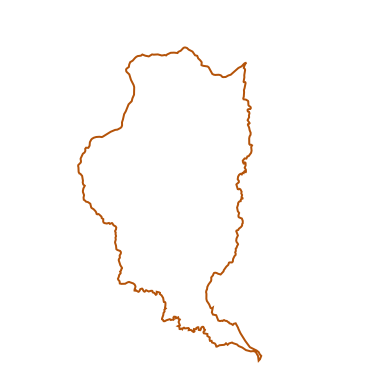 Montebello, Antioquia, Colombia, rotated 198°
{"feature_id": "7082276B54049955625365", "entity_name": "Montebello", "entity_type": "district", "adm_level": 2, "iso_a3": "COL", "parent_name": "Colombia", "parent_adm1": "Antioquia", "projection": "robinson", "projection_center": [-75.531, 5.918], "detail": "fine", "context": "isolated", "style": "outline", "palette": "amber", "viewbox_px": 384, "rotation_deg": 198, "n_neighbors": 0, "source": "geoboundaries", "source_scale": "gbopen_adm2", "svg_char_len": 5958}
<svg xmlns="http://www.w3.org/2000/svg" viewBox="0 0 384 384"><g transform="rotate(198 192 192)"><path d="M180.2,331.8L181.3,331.1L182.1,330.1L183.6,326.9L186.2,324.3L191.4,315.5L193.4,314.1L195.5,311.8L197.8,310.9L198.6,310.8L200.4,311.8L201.5,311.9L202.7,311.8L206.1,310.5L207.6,310.3L209.2,310.6L214.6,315.7L216.0,316.2L220.2,315.5L221.8,315.5L222.3,315.7L222.7,317.9L223.1,318.6L224.9,319.8L227.4,321.0L229.1,323.1L231.4,323.0L234.9,325.7L239.2,326.4L241.3,327.4L242.5,327.4L243.4,327.3L244.6,326.5L246.4,322.8L248.3,321.1L248.7,319.7L252.1,319.0L255.3,317.8L258.1,315.2L258.8,313.9L260.1,313.9L262.9,312.5L267.0,312.3L270.8,310.8L272.5,310.5L275.0,307.6L278.5,307.2L281.7,307.4L282.7,305.9L285.6,304.5L286.7,303.4L287.6,301.9L289.0,298.6L290.9,296.4L291.1,293.8L290.7,291.4L292.4,289.0L292.5,287.9L291.8,286.5L291.2,286.0L288.0,284.5L284.7,279.8L280.6,275.7L279.4,273.9L277.2,266.6L277.6,262.6L277.4,259.7L279.4,255.8L279.9,248.3L280.6,245.1L280.1,239.8L280.1,236.6L279.1,233.8L279.1,232.3L279.7,230.9L282.2,228.3L284.3,227.3L287.9,224.2L293.9,217.1L294.7,216.4L297.2,215.9L300.1,214.7L302.0,213.4L303.3,212.0L304.0,210.8L304.5,207.8L303.7,204.4L304.2,202.0L306.4,201.4L306.9,200.1L306.2,198.3L306.2,197.4L306.5,196.2L307.6,194.7L308.2,189.8L308.2,189.1L307.1,187.0L306.9,185.7L308.5,182.4L308.3,181.5L307.6,180.3L306.0,176.0L304.8,174.8L303.8,174.8L301.5,173.4L299.2,169.0L298.9,167.4L298.1,166.0L297.5,165.4L295.9,164.8L296.4,161.8L296.1,159.3L295.7,158.2L293.7,155.7L293.4,153.1L292.5,151.2L291.1,150.8L289.9,150.1L287.6,150.2L285.1,149.4L283.1,146.2L282.6,145.8L280.2,145.2L278.0,144.0L276.8,143.0L276.0,141.7L275.2,141.5L274.3,142.1L273.5,142.0L270.5,140.6L269.8,139.3L268.0,138.8L267.4,136.6L266.6,135.6L265.5,135.4L263.3,135.7L261.4,136.9L260.2,136.3L258.6,137.7L258.2,137.7L256.3,136.1L254.1,135.7L253.1,134.9L252.7,132.9L253.1,131.4L252.8,130.5L252.1,130.0L251.7,128.3L250.6,126.6L250.7,125.0L249.8,123.2L249.7,120.6L249.4,119.9L247.7,117.5L246.3,114.3L245.1,113.8L242.1,113.7L241.0,112.8L240.7,111.4L241.2,109.3L240.3,107.2L240.8,105.4L240.5,104.3L237.5,100.2L235.1,98.2L235.0,97.6L235.4,96.7L235.2,95.3L235.8,94.1L234.8,93.0L234.8,92.6L235.6,90.5L235.4,88.8L235.6,86.5L234.9,85.7L233.3,84.7L232.4,82.7L230.8,82.8L227.2,84.1L225.4,86.1L224.1,87.0L219.7,86.9L218.0,86.3L216.6,84.8L216.4,83.5L216.5,82.0L215.7,81.6L216.3,80.8L216.2,80.5L214.0,80.9L212.2,80.5L211.5,81.2L211.1,83.7L209.7,84.7L209.3,84.6L207.2,82.7L206.4,82.5L205.9,82.9L205.3,84.4L202.4,84.0L200.6,85.3L199.5,85.7L199.1,85.6L198.3,84.4L196.8,84.4L194.6,83.1L194.1,83.7L194.1,84.3L194.7,86.2L192.2,86.4L191.3,86.2L191.0,85.0L189.0,84.3L186.7,82.3L184.9,78.9L184.7,78.7L183.5,78.9L182.9,78.2L182.2,75.7L181.9,73.5L181.0,73.2L181.9,71.5L181.2,69.9L181.7,68.1L181.3,66.0L181.4,62.3L181.2,61.7L179.8,61.2L179.1,60.4L178.0,60.7L176.6,62.2L173.8,64.2L172.6,63.7L171.4,64.5L170.2,64.7L169.9,65.5L170.9,67.0L170.5,67.9L168.9,68.2L168.2,67.0L166.4,68.5L165.7,67.2L164.2,67.0L164.6,65.1L164.5,64.1L162.4,61.6L163.9,60.1L162.4,60.0L161.5,57.9L160.9,57.9L159.6,58.9L158.8,58.4L158.4,59.8L157.7,60.5L156.5,60.1L153.4,61.5L152.6,61.2L152.4,59.6L150.4,60.5L148.1,59.5L147.1,59.4L146.6,60.1L147.8,61.5L147.8,62.3L146.1,62.5L145.8,62.8L145.8,64.1L144.8,65.1L144.2,65.3L142.9,62.9L141.5,63.1L141.2,63.8L141.3,64.9L141.1,66.2L140.5,67.0L139.6,67.2L138.8,66.5L138.3,65.5L137.1,65.0L137.1,64.0L137.7,63.2L137.8,62.2L137.1,61.3L133.5,61.7L132.9,59.8L130.2,59.1L129.7,57.2L128.9,56.0L127.4,56.5L126.5,55.1L123.6,55.0L122.4,54.3L121.1,52.5L120.6,52.6L118.4,54.8L114.4,56.5L113.7,57.0L112.9,58.6L110.9,57.7L109.9,59.5L107.4,61.2L106.2,60.9L102.1,60.9L100.0,59.9L96.1,59.6L91.8,58.3L86.8,58.6L84.4,59.7L82.0,59.6L78.5,56.4L76.5,52.2L75.7,53.9L75.5,57.5L77.4,58.6L79.1,60.3L81.6,61.2L89.0,62.3L95.4,66.9L102.2,72.6L105.5,76.1L106.4,77.3L109.9,80.6L111.5,79.6L112.1,78.2L113.9,78.7L115.9,78.7L116.6,79.4L117.6,79.5L119.1,80.1L120.5,79.8L121.8,80.1L122.5,79.7L123.0,78.8L124.1,78.7L125.5,77.9L127.3,77.9L130.9,82.3L134.2,81.9L135.9,83.6L136.5,88.4L137.3,87.3L138.5,87.5L140.9,90.4L144.2,93.0L145.3,94.8L146.8,99.6L147.7,101.2L147.9,103.1L147.6,103.8L148.1,106.5L147.7,109.2L146.4,113.1L146.5,114.4L147.3,116.7L146.3,119.2L146.3,120.5L146.0,121.8L145.1,122.4L143.6,122.6L142.0,122.3L139.3,122.4L137.5,126.2L137.6,127.4L136.3,131.6L135.0,133.9L135.0,136.2L134.4,136.7L132.3,137.3L131.7,138.4L132.2,141.0L131.8,144.1L131.1,145.6L131.4,146.8L132.3,148.0L132.1,149.4L132.9,151.7L132.4,152.7L132.4,154.5L132.0,156.4L132.4,157.0L134.0,158.1L134.9,159.3L135.3,161.6L134.9,164.8L137.8,168.4L137.7,169.1L136.3,170.2L136.1,171.5L134.6,173.8L134.0,175.5L134.4,177.1L134.1,178.0L134.8,180.2L136.4,182.2L139.4,182.4L140.1,182.8L140.6,184.1L140.7,186.6L142.5,187.9L144.3,191.1L144.3,194.6L144.7,195.5L144.5,196.7L143.9,197.8L142.9,198.3L143.2,200.2L141.9,201.4L142.1,201.9L143.3,202.4L143.4,204.6L144.7,205.9L144.9,207.6L146.7,209.4L147.7,209.7L148.7,208.9L149.4,208.9L152.1,212.8L152.0,213.3L150.5,215.6L150.8,216.9L152.5,218.3L152.9,220.9L152.5,222.9L151.6,224.2L151.2,224.4L150.1,224.1L149.8,225.8L148.7,225.9L148.7,227.6L148.4,228.0L147.3,227.4L147.0,227.5L147.0,228.1L147.7,229.9L149.4,231.3L149.2,233.8L150.0,236.1L150.9,236.5L151.1,236.2L151.2,235.1L151.7,235.0L152.8,236.2L153.4,237.5L152.3,240.2L150.6,240.6L150.3,243.0L149.2,243.6L147.9,247.5L148.1,249.7L149.6,253.1L149.3,254.9L150.6,255.2L151.5,254.8L152.4,255.4L154.2,260.7L154.4,262.7L154.0,264.5L154.5,266.4L156.3,268.6L157.7,271.1L159.6,273.1L159.7,273.8L158.7,274.6L158.5,275.3L161.3,277.5L160.8,280.8L161.5,282.3L161.7,284.7L162.5,285.8L163.8,285.9L164.4,286.8L164.5,287.5L164.1,288.1L162.2,289.0L162.0,290.1L162.8,291.1L164.2,291.4L165.2,292.1L166.5,295.5L167.0,296.0L169.2,296.5L171.6,296.1L172.2,296.9L172.2,298.6L173.3,303.0L174.1,305.0L174.1,306.9L174.7,312.2L175.3,312.9L176.6,312.5L177.0,312.8L177.6,317.1L178.4,319.3L179.2,324.5L179.9,325.4L181.1,326.0L181.2,328.3L180.8,330.7L180.2,331.8Z" fill="none" stroke="#b45309" stroke-width="2"/></g></svg>